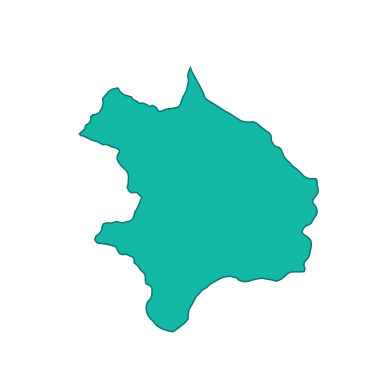 Curral de Dentro, Minas Gerais, Brazil (Robinson projection), rotated 234°
{"feature_id": "56859067B33265035190159", "entity_name": "Curral de Dentro", "entity_type": "district", "adm_level": 2, "iso_a3": "BRA", "parent_name": "Brazil", "parent_adm1": "Minas Gerais", "projection": "robinson", "projection_center": [-41.753, -15.857], "detail": "fine", "context": "isolated", "style": "filled", "palette": "teal", "viewbox_px": 384, "rotation_deg": 234, "n_neighbors": 0, "source": "geoboundaries", "source_scale": "gbopen_adm2", "svg_char_len": 3656}
<svg xmlns="http://www.w3.org/2000/svg" viewBox="0 0 384 384"><g transform="rotate(234 192 192)"><path d="M233.6,142.1L229.6,141.7L227.3,142.3L225.5,145.0L223.9,147.2L220.5,147.6L217.2,148.4L215.7,145.6L214.0,143.6L212.5,140.5L210.4,136.9L209.5,134.0L207.3,131.7L205.2,128.5L204.8,124.9L206.3,121.9L207.6,117.8L210.2,115.4L212.5,113.6L213.5,110.5L214.7,107.7L216.8,105.5L218.3,101.6L216.5,98.6L214.0,96.2L212.9,92.5L212.8,88.5L210.6,85.3L207.5,85.2L205.2,86.2L203.6,88.5L201.6,90.5L199.4,92.6L197.5,94.4L194.8,96.5L192.2,98.2L189.2,97.5L184.8,97.2L182.1,99.1L180.3,102.2L176.6,104.2L174.3,106.0L171.5,105.6L168.9,103.7L166.1,104.3L163.2,104.9L160.1,104.6L156.8,104.9L153.6,105.7L150.6,104.3L147.5,102.1L145.2,100.8L142.9,101.9L140.8,103.1L138.3,103.1L136.0,102.1L134.2,100.5L131.9,98.5L130.0,95.5L129.4,92.1L128.0,89.5L126.3,87.8L123.9,85.9L121.2,84.6L118.8,84.1L116.3,83.9L113.5,84.0L110.4,84.6L107.9,84.6L104.2,85.1L101.0,86.3L98.7,87.5L96.1,89.3L93.0,91.7L90.1,94.5L90.0,97.8L90.0,101.4L90.2,104.5L90.3,109.3L91.5,114.1L95.1,116.9L98.4,120.1L100.1,123.3L101.2,126.3L102.9,129.7L104.0,131.9L105.1,134.6L105.6,138.3L106.7,142.8L106.1,147.2L106.6,150.8L106.7,153.6L106.3,156.1L106.0,159.2L105.8,162.0L105.3,164.8L104.5,167.6L103.4,169.8L101.9,172.7L99.2,175.3L96.3,177.7L92.8,178.2L89.2,181.0L86.8,184.6L85.6,188.4L84.4,191.5L82.9,194.6L81.3,197.5L79.6,199.5L77.4,201.5L75.0,203.9L72.5,206.2L70.2,208.0L69.5,210.7L69.0,213.6L69.2,216.8L69.8,221.4L69.3,224.7L68.0,226.8L66.0,229.6L63.7,232.7L61.7,236.0L63.6,238.4L66.2,239.1L68.3,240.5L69.5,242.6L70.0,245.3L70.7,248.1L72.3,250.3L74.3,252.4L76.3,254.8L78.4,256.9L80.9,258.7L83.6,259.6L87.0,259.2L89.6,258.4L92.2,257.3L95.4,257.3L97.0,260.8L97.9,264.0L96.6,267.6L96.8,270.6L98.3,273.3L99.3,275.9L100.0,278.4L102.4,281.7L106.1,283.3L109.0,283.6L112.0,283.3L114.5,285.1L115.5,288.3L116.4,290.9L117.4,293.4L119.3,295.1L121.3,296.3L124.2,297.5L127.4,299.6L129.8,300.1L131.5,298.0L133.6,295.1L135.9,293.2L138.7,291.9L144.3,291.1L147.1,290.5L149.9,289.9L152.5,289.0L154.8,288.5L157.6,288.3L160.6,287.8L163.0,287.3L165.3,287.2L167.5,287.5L170.9,288.4L174.5,289.1L176.7,288.6L178.6,287.2L181.4,285.7L184.0,286.0L186.4,286.2L188.4,287.5L191.5,289.2L194.8,289.2L197.2,288.1L199.6,287.5L201.9,286.7L204.3,286.0L207.0,285.3L210.4,284.4L212.9,282.6L214.5,279.9L216.4,277.3L218.8,274.9L221.2,273.3L224.3,272.0L227.7,270.7L231.3,269.4L234.3,268.1L236.6,266.9L239.4,265.7L241.6,264.9L243.8,264.1L246.0,263.3L249.1,262.0L253.2,260.2L256.2,259.0L259.7,257.8L263.0,258.6L265.7,259.4L269.5,259.9L272.5,260.5L274.9,260.8L278.1,261.1L281.4,261.7L283.9,262.0L286.3,262.3L289.5,262.7L293.5,263.8L291.9,260.8L289.8,258.0L287.4,256.2L284.6,255.0L282.5,253.1L279.9,250.0L277.1,246.9L275.8,244.0L274.3,240.8L271.8,237.0L269.8,233.9L268.7,231.2L270.1,227.5L271.8,224.1L273.3,221.6L274.6,218.3L275.5,214.1L277.7,212.1L279.9,212.8L282.8,212.2L285.4,210.8L285.9,207.9L288.2,207.1L290.8,205.9L293.0,204.3L294.7,201.6L297.7,200.7L301.4,198.7L304.6,198.8L307.7,196.4L309.6,194.9L312.0,193.6L316.2,192.8L319.7,193.3L321.0,190.4L322.3,187.1L322.3,184.0L321.7,181.1L321.0,178.3L320.0,174.5L317.2,173.2L314.9,171.1L313.2,169.0L311.9,166.6L310.8,163.4L311.2,160.2L312.7,157.5L312.4,154.3L309.6,152.4L308.2,149.2L308.5,145.3L305.8,141.7L305.6,137.6L305.3,135.0L303.0,135.2L300.9,137.2L297.9,138.8L295.6,140.1L292.9,141.4L290.4,143.4L288.2,145.2L285.8,146.2L282.7,147.7L281.1,150.4L279.1,152.0L276.1,153.3L272.9,156.0L269.9,157.6L267.3,157.3L266.0,154.5L264.6,152.2L262.7,150.9L259.5,150.1L255.2,150.1L251.6,150.7L248.0,151.5L244.5,151.0L240.9,149.1L238.5,147.0L236.0,145.0L233.6,142.1Z" fill="#14b8a6" stroke="#0f766e" stroke-width="1.5"/></g></svg>